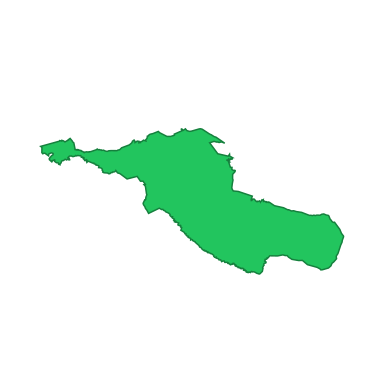 Arbore, Suceava, Romania (Robinson projection), rotated 195°
{"feature_id": "2599482B94816756597949", "entity_name": "Arbore", "entity_type": "district", "adm_level": 2, "iso_a3": "ROU", "parent_name": "Romania", "parent_adm1": "Suceava", "projection": "robinson", "projection_center": [25.905, 47.743], "detail": "fine", "context": "isolated", "style": "filled", "palette": "green", "viewbox_px": 384, "rotation_deg": 195, "n_neighbors": 0, "source": "geoboundaries", "source_scale": "gbopen_adm2", "svg_char_len": 6119}
<svg xmlns="http://www.w3.org/2000/svg" viewBox="0 0 384 384"><g transform="rotate(195 192 192)"><path d="M230.6,239.2L238.6,240.9L240.2,241.8L244.9,238.3L247.5,236.9L248.5,235.7L248.8,234.8L249.6,234.4L249.3,232.3L250.3,230.2L249.8,229.4L252.3,229.5L253.2,228.1L255.3,226.7L254.9,226.3L256.1,225.8L256.3,227.2L258.1,227.0L259.8,225.0L260.5,226.5L261.4,227.2L262.7,225.6L262.7,224.5L263.1,223.6L264.7,221.3L271.4,216.5L272.8,214.1L274.4,213.3L275.2,212.5L280.7,211.1L283.0,210.3L284.4,209.3L286.0,209.1L288.3,209.5L290.0,208.8L290.7,209.2L291.5,208.8L292.5,209.0L293.6,208.5L294.7,209.0L295.3,208.1L300.2,204.8L301.9,204.2L301.9,203.9L304.6,203.4L305.3,202.9L306.6,202.6L306.6,202.2L308.2,202.9L309.3,202.7L309.4,203.1L310.1,203.4L311.6,203.1L312.2,203.4L312.4,203.1L313.2,203.4L313.5,202.9L313.9,203.1L314.3,202.7L314.9,203.0L315.6,202.7L315.7,203.1L316.3,203.1L316.6,204.3L318.9,208.9L320.2,209.5L320.9,210.3L323.6,212.2L325.0,210.5L324.8,210.3L327.7,207.5L329.3,208.1L331.1,208.2L331.1,207.5L333.1,207.4L333.2,206.8L350.0,196.9L348.5,196.2L347.2,191.1L346.4,190.6L346.0,190.3L345.1,191.1L344.2,191.4L339.9,189.8L340.1,191.8L337.9,193.5L336.3,193.3L335.9,193.0L335.9,192.0L337.1,190.5L338.3,187.9L338.5,187.2L338.1,186.3L335.2,184.8L335.0,185.1L335.2,186.0L333.0,187.5L332.7,187.0L332.9,186.3L332.6,186.0L330.6,185.2L328.6,185.5L328.2,185.1L328.1,184.4L327.7,184.2L326.6,184.2L326.8,184.6L326.0,186.3L326.0,187.2L325.5,188.7L324.3,189.1L323.0,190.8L321.3,190.5L320.5,191.7L319.1,191.1L318.5,191.5L319.9,193.4L320.3,193.0L320.7,193.1L320.2,194.3L319.6,195.0L317.6,195.6L316.7,195.3L315.8,195.5L314.1,196.5L313.7,197.2L312.7,197.0L311.7,197.8L310.3,197.8L308.9,198.4L307.9,196.9L306.6,197.5L306.4,197.3L306.7,197.0L306.5,196.8L305.2,197.1L305.1,196.8L305.5,196.5L305.5,195.9L304.5,195.5L303.8,194.6L302.8,194.9L302.8,195.5L302.4,195.9L301.7,195.6L301.4,194.9L301.6,194.0L301.2,193.4L300.7,194.4L299.9,194.8L295.4,194.2L294.2,194.5L293.9,193.9L292.0,193.8L291.8,193.2L289.0,193.3L288.5,192.5L288.5,191.4L286.6,191.7L285.4,191.4L284.5,190.8L284.5,189.9L283.2,188.7L283.3,188.1L282.0,187.8L278.3,188.5L277.3,188.1L276.1,188.4L275.2,189.8L274.2,190.0L273.6,191.0L272.8,191.0L271.6,191.8L271.2,193.1L268.9,191.2L266.3,191.1L258.1,187.8L249.0,192.9L244.6,189.1L242.1,189.8L239.1,187.3L240.3,186.7L238.5,185.5L235.5,178.5L234.9,177.8L235.2,175.0L234.8,172.9L235.0,172.3L235.6,172.3L236.3,168.5L235.6,167.2L233.8,165.7L232.6,164.0L230.9,162.8L228.4,160.1L219.4,167.9L216.9,167.2L215.6,167.7L214.6,166.9L213.6,167.0L212.4,166.1L209.3,165.6L207.4,164.7L207.2,163.6L205.6,162.7L204.5,163.0L204.6,162.1L204.3,161.8L202.1,161.2L202.2,160.6L201.5,160.2L202.0,159.8L200.9,159.4L201.4,159.0L201.3,158.7L199.9,158.6L199.6,159.2L198.7,158.7L196.9,158.7L197.1,156.6L195.5,156.2L194.4,156.8L194.1,156.4L193.9,155.2L192.8,155.0L192.9,154.2L192.6,153.6L192.9,152.2L189.2,151.1L187.9,149.8L187.1,150.1L186.7,149.0L185.4,148.2L184.0,148.3L184.0,147.2L181.3,146.8L180.9,145.4L180.4,145.9L179.2,146.0L178.9,145.3L178.2,145.1L176.0,144.7L175.8,144.2L171.4,142.1L170.4,140.8L169.0,140.7L167.6,139.5L166.1,138.8L165.5,138.6L165.2,139.0L164.5,138.9L164.2,138.3L163.2,138.7L163.1,138.3L162.9,138.2L161.4,138.3L161.6,137.8L161.3,137.5L159.2,137.8L158.3,137.3L157.6,137.5L156.1,137.1L154.6,136.4L154.4,135.6L153.4,134.9L152.2,134.8L151.8,135.2L151.6,134.5L149.1,134.3L148.3,133.4L146.8,133.9L145.3,132.4L144.3,133.3L143.1,133.7L142.1,132.5L139.8,133.2L138.9,133.1L138.6,132.9L139.1,132.5L138.9,132.3L137.5,132.4L136.1,131.6L135.5,131.9L135.4,132.4L134.3,132.6L134.1,133.6L133.1,133.9L132.7,133.1L132.1,133.3L130.8,132.8L131.4,132.3L131.4,132.0L130.2,131.6L129.7,131.9L128.8,131.4L127.8,131.7L127.5,131.6L127.6,131.0L125.7,131.2L125.5,130.7L124.8,130.6L124.4,130.7L124.5,131.1L123.1,131.5L121.8,130.9L121.7,130.5L122.3,130.4L122.1,130.0L121.1,129.9L120.5,130.4L120.1,130.1L120.5,129.8L119.3,129.8L119.3,129.2L119.0,128.8L118.3,128.7L117.5,129.1L117.4,128.7L116.6,128.8L115.4,129.6L114.8,129.4L114.7,129.9L113.8,130.7L113.2,130.3L112.6,130.8L110.8,130.9L108.1,130.2L106.5,130.3L106.0,130.1L105.2,130.6L103.5,133.5L103.7,136.7L104.1,136.9L104.2,137.3L103.8,139.4L103.5,139.7L103.9,140.7L103.9,141.5L102.3,142.7L102.3,143.4L102.7,143.4L103.3,144.2L103.9,144.1L103.9,145.9L102.6,146.4L102.1,147.2L102.4,147.2L102.5,147.7L101.3,148.5L100.4,150.5L92.8,152.4L87.9,154.8L85.7,154.7L83.5,155.2L82.0,154.1L78.1,152.8L71.3,153.4L67.6,154.5L61.7,151.7L51.6,151.6L48.6,150.9L47.4,150.1L45.8,150.7L40.5,153.9L38.7,156.6L38.3,159.4L37.0,161.1L35.1,165.0L35.9,166.7L36.0,167.6L35.1,170.3L34.6,179.4L34.1,182.2L34.3,184.4L34.0,187.9L34.2,188.6L37.0,190.8L39.5,194.1L46.5,199.7L47.7,199.2L49.2,199.7L49.9,200.5L51.6,201.6L53.6,204.3L54.4,204.7L56.2,204.5L59.0,204.9L60.9,204.1L62.3,202.7L65.4,202.0L66.9,201.1L68.2,201.2L69.7,200.3L71.1,200.3L72.5,199.8L80.8,200.7L86.1,200.1L89.0,200.2L91.0,199.4L93.9,199.9L94.9,199.6L99.5,200.5L108.8,200.1L114.6,202.1L115.6,202.1L115.8,201.6L117.4,201.9L117.6,201.3L119.4,201.9L120.4,201.4L120.6,202.2L121.1,202.4L121.2,203.1L122.0,202.4L122.4,202.5L122.6,201.2L123.3,200.6L123.3,200.0L124.4,200.9L125.2,200.2L126.4,200.0L126.3,199.6L126.9,199.4L127.7,199.6L130.0,201.2L131.3,201.0L131.7,200.1L132.5,199.6L132.3,199.2L132.5,199.1L132.9,200.0L132.7,203.6L147.5,204.5L152.4,203.7L153.7,204.9L154.6,206.2L155.2,210.2L155.5,214.2L156.3,215.6L157.3,219.6L155.7,222.8L155.8,223.5L156.1,223.3L156.7,223.5L156.7,223.9L157.6,223.6L159.4,224.1L159.7,226.1L161.3,225.8L164.1,230.1L163.3,230.7L166.5,231.8L166.4,232.1L165.7,232.1L165.1,232.6L165.2,233.3L164.6,233.1L164.1,232.3L163.5,233.1L163.9,233.4L163.8,233.7L163.3,234.0L162.8,233.7L161.6,234.3L161.6,234.8L162.6,235.5L162.0,235.7L164.9,236.5L165.5,237.3L165.3,237.7L165.5,238.2L166.3,236.0L177.0,235.6L187.7,244.1L183.8,246.6L181.1,246.6L179.8,247.0L178.7,246.8L176.5,248.0L173.0,247.6L183.1,251.2L184.8,251.2L188.3,252.3L189.9,252.5L198.4,255.3L200.0,255.3L201.4,254.8L208.7,250.4L210.3,249.9L212.9,250.0L214.7,251.3L216.4,249.3L218.2,250.3L218.6,249.9L217.3,248.7L224.1,243.3L223.7,242.3L224.5,241.7L227.1,240.1L230.6,239.2Z" fill="#22c55e" stroke="#15803d" stroke-width="1.5"/></g></svg>